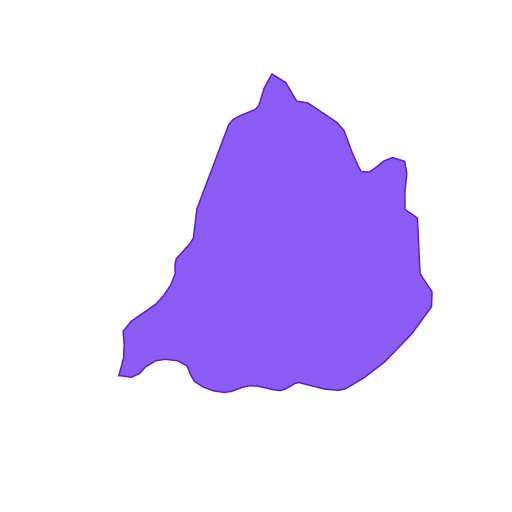 the border of Cavite, rotated 335°
{"feature_id": "PHL-2563", "entity_name": "Cavite", "entity_type": "Province", "adm_level": 1, "iso_a3": "PHL", "parent_name": "Philippines", "parent_adm1": "", "projection": "orthographic", "projection_center": [120.835, 14.286], "detail": "fine", "context": "isolated", "style": "filled", "palette": "violet", "viewbox_px": 512, "rotation_deg": 335, "n_neighbors": 0, "source": "natural_earth", "source_scale": "10m", "svg_char_len": 1016}
<svg xmlns="http://www.w3.org/2000/svg" viewBox="0 0 512 512"><g transform="rotate(335 256 256)"><path d="M81.2,306.4L92.8,292.6L99.2,280.3L103.7,268.1L115.3,262.4L144.6,257.4L155.0,253.1L166.4,246.3L175.3,238.0L179.1,229.1L182.9,224.6L200.7,217.2L206.8,213.3L222.3,188.4L286.9,125.3L292.9,122.6L301.2,122.1L317.1,122.9L322.1,120.9L334.7,107.0L347.4,97.8L356.3,111.5L358.3,132.8L367.6,139.1L385.6,168.8L386.5,171.9L388.8,179.2L387.0,200.5L386.6,217.7L387.0,223.9L394.2,227.8L402.5,226.4L411.7,223.9L421.5,224.5L430.8,233.1L427.3,245.5L418.2,260.5L410.7,276.7L418.3,289.8L397.2,341.5L400.4,362.9L393.7,376.1L364.2,392.4L328.1,406.3L301.9,412.1L280.4,414.2L274.2,412.6L262.3,405.9L241.2,388.7L237.4,388.0L226.3,389.0L221.4,388.3L215.3,384.6L203.1,375.0L195.9,371.1L189.6,369.5L176.5,368.3L169.6,366.3L160.7,360.4L152.5,352.1L147.1,343.5L146.6,336.8L147.0,326.4L140.4,317.6L130.4,311.4L120.9,308.5L108.8,309.9L100.7,313.3L91.9,313.3L81.3,306.4L81.2,306.4Z" fill="#8b5cf6" stroke="#5b21b6" stroke-width="1.5"/></g></svg>